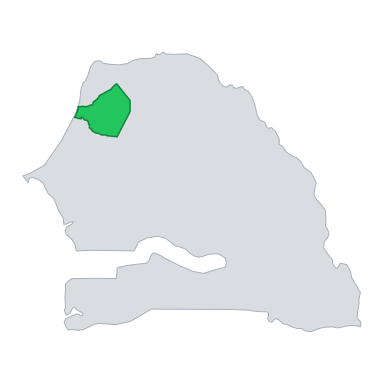 Louga, Louga, Senegal shown in context
{"feature_id": "50182788B22933374767599", "entity_name": "Louga", "entity_type": "district", "adm_level": 2, "iso_a3": "SEN", "parent_name": "Senegal", "parent_adm1": "Louga", "projection": "natural_earth1", "projection_center": [-16.123, 15.776], "detail": "fine", "context": "in_parent", "style": "filled", "palette": "green", "viewbox_px": 384, "rotation_deg": 0, "n_neighbors": 0, "source": "geoboundaries", "source_scale": "gbopen_adm2", "svg_char_len": 5816}
<svg xmlns="http://www.w3.org/2000/svg" viewBox="0 0 384 384"><path d="M311.0,172.4L316.2,182.8L315.1,187.7L313.9,194.9L316.9,200.2L320.3,203.6L322.8,206.8L325.5,211.1L326.0,219.8L325.5,226.0L327.3,228.8L328.8,232.4L328.5,235.4L327.5,238.0L324.2,241.5L323.7,247.9L329.1,255.8L332.5,260.0L332.5,262.5L333.5,265.2L336.0,268.3L337.6,267.6L339.3,265.0L340.0,263.2L344.6,264.0L346.8,264.8L349.8,270.0L350.9,273.4L351.6,277.6L354.7,283.0L357.4,286.8L358.0,289.1L360.4,292.3L358.9,299.4L359.1,303.0L357.5,312.5L357.2,317.0L357.3,318.6L361.0,322.0L360.6,326.8L356.9,325.9L350.5,325.4L337.6,327.9L333.2,326.9L324.7,327.2L318.7,328.6L311.1,331.7L305.1,330.9L301.9,328.5L297.7,328.6L292.9,327.3L287.8,324.9L283.2,323.7L278.2,319.4L275.9,318.6L274.2,319.7L272.9,321.2L271.4,322.1L268.7,321.3L267.7,318.3L268.5,315.5L268.8,313.3L267.5,312.1L264.4,311.7L259.5,311.7L251.6,310.8L249.7,310.2L232.0,309.5L213.5,309.4L197.9,309.3L178.2,309.2L164.3,309.2L151.4,309.1L141.4,315.0L130.6,321.3L116.0,324.6L99.3,323.4L93.9,324.3L88.4,327.1L84.3,329.2L78.6,330.4L71.1,329.4L68.1,330.0L66.2,327.1L64.1,322.4L65.4,319.0L70.0,316.8L76.8,313.9L80.4,315.4L82.5,315.5L82.9,313.6L82.2,312.7L77.0,310.1L74.4,306.8L72.2,308.8L70.2,312.8L68.7,314.0L66.3,315.2L65.0,312.4L64.4,309.7L65.5,307.7L65.0,296.1L65.6,289.9L65.3,284.5L68.5,280.9L71.6,278.7L83.5,278.5L94.7,278.3L105.4,278.4L116.3,278.5L117.4,267.7L120.8,266.9L126.0,265.7L135.6,264.4L146.4,263.2L148.7,261.0L150.4,257.4L151.6,254.2L153.8,252.9L156.8,253.9L160.7,255.6L164.8,258.2L169.5,260.7L172.6,262.2L180.1,266.0L192.9,271.3L203.5,273.4L216.2,269.5L225.4,267.1L226.5,262.4L225.0,257.9L218.2,253.7L208.9,254.2L206.0,255.3L201.7,256.7L199.1,257.2L194.7,256.2L189.1,252.6L185.6,249.0L180.7,247.3L174.9,245.6L165.6,238.2L160.7,236.8L156.1,236.4L147.3,237.9L138.6,241.9L134.1,250.9L125.5,250.8L107.1,250.5L90.3,250.3L76.3,250.9L74.9,244.3L71.6,239.1L66.3,234.6L65.1,230.5L66.9,226.9L72.1,223.9L73.3,221.8L70.6,222.1L66.5,224.0L63.8,224.1L63.4,218.4L58.9,211.0L53.8,198.5L48.0,193.4L43.2,183.2L38.1,179.4L33.4,177.6L29.5,177.9L28.0,182.5L23.0,175.9L29.8,173.5L44.3,165.2L61.0,141.3L75.9,113.0L77.9,106.3L79.7,101.2L80.9,89.7L83.1,82.8L85.1,81.5L87.6,76.2L90.6,66.9L94.1,61.8L98.0,60.8L101.0,61.2L103.1,63.1L109.4,64.3L119.8,64.8L127.9,63.4L133.6,60.2L141.0,58.5L150.3,58.5L155.2,57.1L155.7,54.5L156.9,53.7L158.8,54.7L160.6,54.3L162.3,52.4L164.0,52.3L165.7,53.9L173.5,54.4L187.3,53.8L200.1,58.6L211.8,69.0L217.9,75.9L218.3,79.4L220.2,82.9L223.7,86.4L226.9,87.1L229.8,84.8L232.1,85.1L233.8,87.8L237.1,88.3L240.8,86.7L243.5,87.2L244.0,88.8L244.6,89.7L246.4,90.1L248.8,92.1L252.3,97.6L255.0,105.3L257.2,115.2L260.1,120.5L263.6,121.4L265.6,123.4L266.0,125.8L267.0,127.4L268.7,128.3L271.7,127.7L275.2,131.1L278.9,138.3L279.5,141.6L279.0,143.3L279.2,144.6L281.7,145.8L284.0,148.2L286.0,151.7L290.1,154.9L296.5,157.7L301.1,161.8L303.9,167.3L309.8,171.9L311.0,172.4Z" fill="#d9dde1" stroke="#a8b0b8" stroke-width="1"/><path d="M102.0,94.2L101.0,94.7L99.5,95.6L99.4,95.7L99.3,95.8L99.2,95.8L99.0,96.3L98.8,96.7L98.5,97.3L98.2,97.7L97.9,98.2L97.7,98.4L97.4,98.6L97.3,98.8L96.1,99.9L95.7,100.2L95.4,100.4L95.0,100.8L94.9,100.9L93.9,101.6L93.5,101.9L93.1,102.1L93.1,102.5L93.1,103.7L92.9,104.0L92.7,104.3L92.3,104.8L91.9,104.9L91.3,105.0L90.8,105.1L90.2,105.3L89.8,105.4L89.5,105.4L89.4,105.4L89.0,105.7L87.8,106.4L87.6,106.5L86.0,106.6L85.2,106.6L84.6,106.6L84.1,106.6L83.7,106.5L83.0,106.3L82.7,106.2L82.2,106.3L81.9,106.4L81.5,106.5L81.2,106.6L80.8,106.6L80.4,106.6L79.9,106.6L79.1,106.6L78.4,106.7L78.4,106.9L78.3,107.2L78.3,107.6L78.2,107.9L78.1,108.3L77.9,109.2L77.7,109.8L77.6,110.5L77.4,111.0L77.2,111.6L77.1,112.2L76.8,112.8L76.5,113.4L76.3,113.8L76.2,114.1L76.0,114.7L75.8,115.1L75.7,115.5L75.4,116.1L75.1,116.7L74.9,117.1L74.8,117.4L76.2,117.7L77.4,118.1L78.5,118.3L79.1,118.5L79.7,118.6L80.2,118.7L80.6,118.8L80.8,118.8L81.0,118.8L81.2,118.6L81.2,118.3L81.2,118.1L81.2,117.7L81.3,117.3L81.5,117.3L81.8,117.3L82.2,117.4L82.6,117.7L83.1,118.3L83.6,119.0L83.9,119.2L84.1,119.6L84.4,119.7L84.7,119.9L85.0,120.1L85.3,120.2L85.6,120.2L86.1,120.3L86.4,120.2L86.7,120.4L87.1,120.6L87.5,121.0L87.9,121.5L88.2,121.9L88.3,121.9L88.4,122.2L88.4,122.3L88.5,122.9L88.5,123.9L88.6,124.1L89.1,124.6L89.3,124.7L89.4,125.0L89.4,125.9L89.4,126.9L89.5,127.2L89.4,127.9L89.5,128.0L89.8,128.1L90.1,128.4L90.4,128.7L90.6,128.9L90.9,128.9L91.3,128.9L91.6,129.1L91.8,129.4L91.8,129.7L91.8,130.2L91.8,130.5L92.1,130.8L92.5,131.0L93.0,131.4L93.3,131.6L93.7,131.8L94.8,132.5L95.7,132.9L96.0,133.0L96.5,133.2L97.0,133.2L97.6,133.3L97.9,133.3L98.4,133.3L98.5,133.3L98.9,133.5L99.4,133.8L100.1,134.2L100.8,134.6L101.2,134.7L101.6,134.9L102.1,134.9L102.6,135.0L102.9,135.0L103.1,135.0L103.3,135.0L103.6,135.0L104.5,135.0L105.0,135.0L105.3,135.0L106.2,135.2L106.7,135.4L107.2,135.6L107.2,135.8L108.6,135.9L108.8,135.9L109.7,136.0L110.5,136.1L111.3,136.2L112.1,136.3L113.0,136.3L113.8,136.4L114.6,136.5L115.4,136.6L116.3,136.7L117.1,136.8L118.0,135.0L119.0,133.2L119.5,132.1L119.9,131.4L120.1,131.0L120.2,130.8L120.3,130.6L120.8,129.6L121.7,127.8L122.7,126.0L122.7,125.9L123.6,124.2L124.5,122.4L125.4,120.6L125.9,119.6L126.2,119.1L126.3,118.8L126.5,118.5L126.7,118.2L127.3,117.0L128.0,115.7L128.2,115.2L128.7,114.3L129.0,113.7L129.2,113.4L129.5,112.8L130.0,111.7L130.1,111.4L130.1,111.2L130.1,109.9L130.1,108.1L130.1,106.4L130.1,104.7L130.1,102.9L130.1,102.0L130.1,101.2L130.1,100.6L130.0,100.4L129.6,100.0L129.3,99.6L129.0,99.2L128.5,98.5L128.0,98.0L127.7,97.4L127.2,96.8L126.7,96.3L126.4,95.9L125.7,95.1L124.2,93.2L122.7,91.4L121.3,89.5L119.8,87.7L118.3,85.8L116.8,84.0L116.7,83.9L116.3,84.0L115.3,84.7L114.1,85.7L112.8,87.1L111.6,88.4L111.3,88.8L111.1,89.3L110.2,89.8L109.3,90.1L108.2,90.8L107.3,91.3L107.2,91.4L105.6,92.2L104.1,93.1L102.6,93.9L102.0,94.2L102.0,94.2Z" fill="#22c55e" stroke="#15803d" stroke-width="1.5"/></svg>